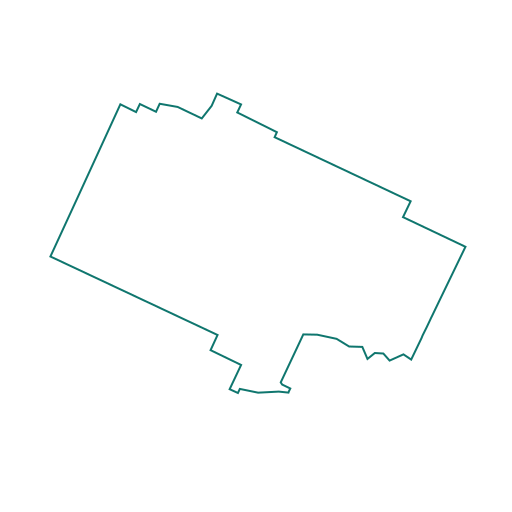 outline of Scott, Arkansas, United States of America, rotated 204°
{"feature_id": "52423323B55243158693426", "entity_name": "Scott", "entity_type": "district", "adm_level": 2, "iso_a3": "USA", "parent_name": "United States of America", "parent_adm1": "Arkansas", "projection": "albers", "projection_center": [-94.153, 34.883], "detail": "fine", "context": "isolated", "style": "outline", "palette": "teal", "viewbox_px": 512, "rotation_deg": 204, "n_neighbors": 0, "source": "geoboundaries", "source_scale": "gbopen_adm2", "svg_char_len": 790}
<svg xmlns="http://www.w3.org/2000/svg" viewBox="0 0 512 512"><g transform="rotate(204 256 256)"><path d="M441.6,339.4L442.7,241.9L442.9,225.4L443.6,171.9L259.0,168.2L259.2,151.5L225.3,150.4L225.9,123.6L216.8,123.5L216.7,128.0L198.5,132.0L180.0,141.4L170.8,144.4L170.9,145.5L170.8,148.9L179.8,149.2L182.0,150.6L181.1,193.0L180.9,203.6L168.1,209.0L148.7,213.1L134.1,211.2L121.9,216.2L112.3,207.3L108.0,215.7L100.0,218.7L91.4,214.8L81.3,226.1L72.1,224.5L71.4,247.8L71.4,248.8L71.5,251.0L71.1,260.3L70.9,268.8L70.9,270.4L70.8,272.4L70.3,289.4L68.4,349.6L137.5,351.3L137.0,368.9L287.3,372.1L287.3,377.6L331.5,379.5L331.3,388.4L357.6,388.5L357.6,375.1L361.5,359.6L388.2,360.3L405.9,355.9L406.0,347.1L423.9,347.6L424.1,338.7L441.6,339.4Z" fill="none" stroke="#0f766e" stroke-width="2"/></g></svg>